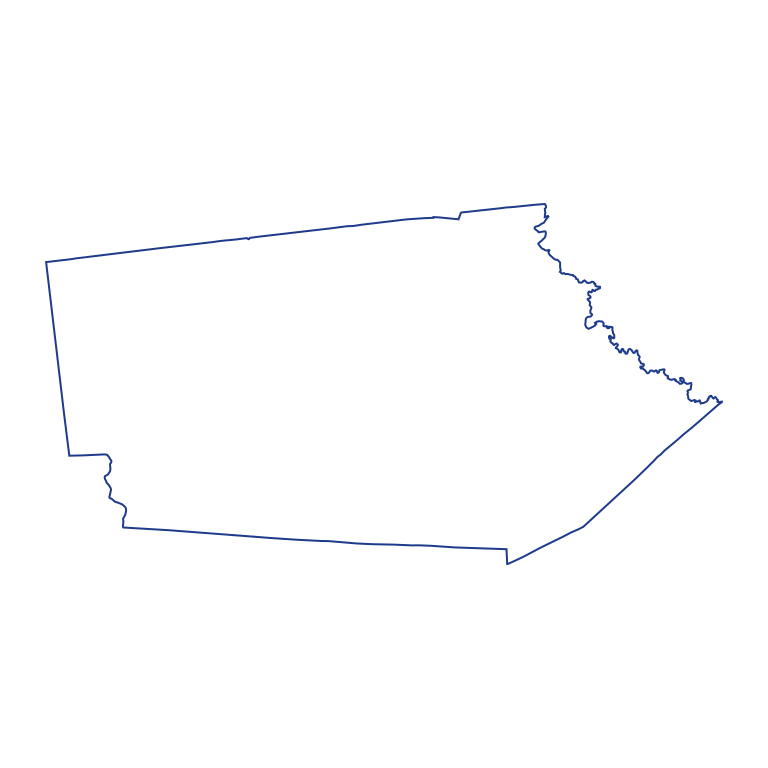 Mirosi, Arges, Romania
{"feature_id": "2599482B53373185835128", "entity_name": "Mirosi", "entity_type": "district", "adm_level": 2, "iso_a3": "ROU", "parent_name": "Romania", "parent_adm1": "Arges", "projection": "natural_earth1", "projection_center": [24.956, 44.405], "detail": "fine", "context": "isolated", "style": "outline", "palette": "blue", "viewbox_px": 768, "rotation_deg": 0, "n_neighbors": 0, "source": "geoboundaries", "source_scale": "gbopen_adm2", "svg_char_len": 6109}
<svg xmlns="http://www.w3.org/2000/svg" viewBox="0 0 768 768"><path d="M508.2,563.8L522.3,557.3L540.9,547.5L562.6,536.9L571.0,532.5L578.2,529.4L583.3,526.8L634.1,480.1L645.1,469.5L653.6,461.1L657.6,456.8L660.7,454.5L664.6,450.5L676.5,440.6L684.0,434.0L692.9,426.8L717.7,405.2L721.8,402.2L721.9,401.7L720.5,401.8L718.6,402.2L717.6,402.0L717.5,401.7L717.8,401.0L717.9,400.1L717.0,399.6L716.5,398.3L715.8,397.4L715.2,397.1L714.7,397.3L713.6,398.5L713.1,398.2L712.0,397.0L711.4,395.9L710.8,395.8L710.2,396.5L709.6,396.4L708.7,397.3L708.8,398.5L708.3,398.9L707.7,399.2L707.8,400.2L707.2,401.0L705.8,402.0L703.5,403.0L702.0,403.1L700.7,403.5L700.4,402.7L700.2,401.4L699.7,400.4L699.4,400.4L697.8,401.5L697.2,401.5L696.3,401.1L696.1,401.1L695.5,402.0L695.1,402.0L695.0,401.1L695.3,400.4L694.6,400.0L691.3,401.0L690.8,400.7L688.8,399.2L688.3,398.5L688.0,395.7L687.4,394.5L688.0,392.5L687.4,391.1L687.6,390.7L688.2,390.3L689.8,389.8L690.7,389.2L691.0,386.6L691.4,384.7L691.2,383.1L689.8,383.2L688.6,383.7L686.9,383.9L683.9,382.0L683.6,381.6L683.9,380.3L683.2,378.6L682.8,378.3L681.6,377.9L680.4,377.9L680.1,378.4L680.7,379.5L680.2,380.5L682.9,381.9L682.9,382.5L681.4,383.7L679.8,383.8L678.3,382.3L677.4,381.9L676.5,381.1L676.0,381.0L675.8,380.1L675.1,380.2L674.9,379.3L674.5,379.2L673.8,379.1L671.8,379.8L670.8,379.7L668.6,378.9L667.6,378.0L668.1,376.8L667.9,376.0L666.0,375.4L664.7,374.0L663.9,372.6L663.9,371.7L664.5,370.4L664.5,369.6L664.3,369.4L663.7,369.3L659.7,370.1L659.3,370.5L659.0,372.0L658.6,372.5L657.7,372.9L657.3,372.5L657.0,371.2L656.1,370.4L655.8,370.4L654.2,371.6L651.9,370.5L650.2,370.7L649.0,372.6L648.2,373.2L647.2,373.2L646.8,372.9L646.4,371.9L644.7,370.0L644.0,369.7L643.4,368.8L641.2,368.5L640.8,368.3L640.5,367.7L640.3,367.2L640.4,366.7L641.3,366.5L642.8,366.6L643.3,366.2L643.8,365.3L643.8,364.3L641.1,363.4L640.7,362.4L639.2,360.2L638.9,359.5L638.9,358.9L639.4,358.0L639.7,356.7L638.8,355.5L637.9,354.8L637.6,353.3L637.3,350.7L636.6,350.4L635.6,350.9L634.8,352.5L634.4,352.8L633.4,352.9L632.0,351.0L631.8,350.3L630.4,349.2L629.5,348.9L629.1,349.1L628.4,349.9L627.4,353.0L626.9,353.6L626.0,353.8L625.3,353.3L625.2,352.9L625.3,352.0L624.8,351.5L623.7,351.4L623.5,351.0L623.2,349.2L622.1,349.0L621.5,349.5L621.2,350.5L620.9,352.3L620.6,352.4L619.7,352.4L619.4,352.1L618.7,350.4L617.7,349.0L615.8,348.1L615.8,347.7L617.5,345.8L617.8,345.2L617.8,344.6L616.7,343.6L616.2,343.6L614.0,345.0L613.4,344.7L612.6,343.3L611.3,342.7L610.3,341.4L610.4,340.7L610.9,339.1L610.6,338.6L610.3,338.5L609.6,338.8L609.4,338.7L609.0,337.4L609.0,336.6L609.2,336.1L609.6,335.9L610.3,335.9L611.1,336.7L613.2,338.2L613.9,338.3L614.2,338.0L614.3,336.1L614.1,334.8L612.9,332.9L613.0,331.8L612.3,330.2L612.5,328.0L612.4,327.4L612.2,327.1L608.9,326.7L608.8,326.8L609.1,328.0L607.9,328.3L607.3,328.0L607.0,327.4L607.0,326.4L606.7,326.1L604.8,326.4L603.6,326.0L603.4,325.6L603.4,325.0L603.7,324.3L603.6,323.4L602.5,321.8L602.0,321.5L600.4,321.4L599.1,321.1L598.0,321.6L596.8,321.6L595.9,322.5L595.0,322.8L595.2,323.3L596.1,323.7L596.3,324.0L596.1,324.3L595.3,324.8L594.7,325.8L590.7,327.9L588.5,328.8L587.3,328.0L586.5,327.6L585.2,324.9L585.6,321.7L585.6,320.3L585.9,318.9L586.6,317.8L587.4,317.1L590.7,316.5L591.4,315.8L592.1,314.9L591.9,314.2L590.6,313.2L590.4,312.7L590.3,310.9L591.3,308.1L591.4,307.3L589.7,305.2L590.1,302.4L589.8,301.7L588.4,300.4L587.6,299.2L587.8,298.8L589.5,298.4L590.5,297.6L590.5,297.1L590.4,296.5L589.9,295.9L588.6,295.2L588.4,294.8L588.2,293.4L588.4,292.2L588.7,291.8L589.6,291.6L590.8,292.3L591.3,292.3L591.9,291.8L592.2,290.5L592.5,289.9L592.8,289.8L594.3,291.1L595.0,291.0L595.2,290.5L596.0,289.6L597.4,289.6L598.0,288.9L599.7,288.4L600.0,288.1L600.1,287.2L600.0,286.8L596.9,286.5L595.4,285.9L595.3,285.0L595.5,284.2L595.3,283.9L594.8,283.9L594.2,283.6L594.2,282.8L593.8,282.7L593.4,282.0L592.4,281.8L591.6,281.8L590.8,282.5L588.4,283.0L587.5,282.9L587.0,282.8L586.7,282.3L585.1,280.8L584.4,280.4L583.7,281.1L583.0,281.2L582.6,282.1L581.5,282.6L579.3,282.6L578.8,282.2L578.6,281.2L578.0,280.4L577.9,279.5L576.0,278.7L575.9,277.7L574.8,276.4L573.5,276.1L573.3,275.5L572.8,275.0L571.3,274.9L569.3,274.5L567.9,273.9L565.9,274.1L564.9,273.8L564.3,273.2L563.8,273.1L562.5,273.7L561.3,273.2L560.6,272.0L559.9,271.8L560.6,270.6L560.7,270.0L560.1,267.5L560.1,262.5L557.5,259.8L556.5,259.8L555.5,259.7L553.8,258.6L549.9,255.1L548.7,253.3L548.5,252.0L549.4,250.5L549.1,250.0L548.9,249.9L547.3,250.5L545.3,250.3L543.8,249.3L542.0,248.5L540.7,247.1L538.4,244.1L538.3,243.8L538.4,243.4L540.0,241.9L541.4,240.9L544.6,237.8L545.3,236.5L545.8,234.0L545.7,232.0L545.3,231.5L544.7,231.3L538.8,232.3L538.5,232.2L537.8,231.1L536.7,230.4L534.7,228.7L534.6,228.2L534.8,227.4L535.3,226.7L537.8,226.1L539.3,225.5L541.3,223.9L543.9,222.7L546.1,219.4L548.4,216.6L547.8,215.9L544.8,217.1L545.0,213.8L545.3,213.2L545.4,212.6L545.0,211.3L544.8,208.8L545.6,208.1L546.0,207.3L546.0,205.9L544.8,204.0L534.5,204.8L513.4,207.0L505.8,207.5L501.6,208.1L461.4,212.5L460.8,213.0L458.5,219.3L439.1,217.4L433.5,217.1L433.5,217.8L423.8,218.2L406.3,219.4L361.8,224.7L353.2,226.0L346.3,226.3L331.1,228.3L257.7,236.8L249.9,237.9L249.6,238.0L249.1,239.0L248.7,239.1L248.3,239.2L246.8,238.1L235.7,239.5L220.9,240.9L211.8,242.2L159.5,248.2L75.8,258.4L70.9,259.2L46.1,262.1L63.9,412.5L69.3,455.7L82.8,455.4L104.5,454.4L107.2,454.8L108.9,457.0L110.0,458.7L110.3,459.4L111.1,460.2L111.4,461.0L111.2,462.5L110.2,463.7L110.0,464.3L110.4,468.7L110.2,470.7L109.9,471.5L108.1,474.3L107.1,475.1L105.9,475.6L104.9,476.3L104.7,476.9L104.8,478.3L105.1,479.2L106.1,481.0L106.7,482.9L108.2,484.3L110.4,487.6L110.9,489.0L111.0,490.3L110.5,491.5L110.4,492.9L109.9,494.4L109.8,495.6L109.4,496.4L109.4,497.2L109.6,497.8L109.9,498.1L110.8,498.4L112.0,499.1L115.2,501.9L117.0,502.3L122.1,504.3L124.8,506.6L125.4,507.5L126.0,508.8L126.1,510.3L125.5,514.0L124.7,515.9L123.3,518.2L123.1,518.7L123.4,521.2L122.9,526.6L123.3,527.5L168.7,530.2L272.0,538.1L296.3,539.7L321.0,541.0L328.4,541.1L357.3,543.5L372.4,544.2L393.4,544.6L412.2,545.4L419.0,545.3L431.1,545.8L454.5,547.4L506.5,549.2L507.2,564.0L508.2,563.8Z" fill="none" stroke="#1e3a8a" stroke-width="2"/></svg>